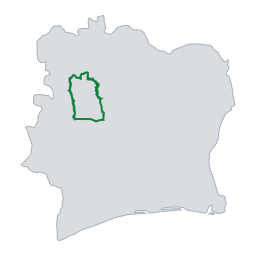 location of Worodougou, Worodougou, Ivory Coast
{"feature_id": "98640826B81277132888560", "entity_name": "Worodougou", "entity_type": "district", "adm_level": 2, "iso_a3": "CIV", "parent_name": "Ivory Coast", "parent_adm1": "Worodougou", "projection": "mercator", "projection_center": [-6.759, 8.427], "detail": "fine", "context": "in_parent", "style": "outline", "palette": "green", "viewbox_px": 256, "rotation_deg": 0, "n_neighbors": 0, "source": "geoboundaries", "source_scale": "gbopen_adm2", "svg_char_len": 8015}
<svg xmlns="http://www.w3.org/2000/svg" viewBox="0 0 256 256"><path d="M42.7,35.4L43.7,35.3L46.4,34.5L48.9,32.7L51.1,29.0L54.2,25.9L57.7,26.2L58.7,25.6L59.9,25.5L61.4,27.5L62.8,29.0L63.9,29.0L64.7,31.9L71.0,33.1L73.7,33.9L76.0,36.0L76.8,36.0L77.7,35.6L78.5,34.9L78.6,34.1L77.7,32.2L78.1,30.5L79.1,29.0L80.7,28.9L83.2,28.4L86.0,28.4L88.1,28.7L89.0,27.2L88.2,22.9L88.4,20.6L88.7,18.6L89.5,17.8L92.6,20.3L95.5,21.2L97.6,21.2L98.1,20.8L97.3,18.0L97.5,17.2L98.2,16.7L99.6,16.5L103.3,15.4L103.6,15.6L104.3,19.9L104.0,21.3L104.8,24.2L105.7,26.9L105.7,28.0L104.9,29.7L104.0,31.2L104.1,31.8L105.5,32.9L108.3,34.0L111.2,34.2L112.8,32.6L114.5,31.4L115.6,30.2L116.0,28.5L117.9,27.3L123.1,25.7L127.9,25.5L129.1,26.0L131.3,28.3L134.0,30.0L138.2,29.8L141.3,30.7L143.9,32.5L145.7,36.6L147.6,39.5L148.5,43.6L151.5,45.8L153.9,46.8L157.2,49.8L160.5,51.3L164.0,51.0L165.6,52.5L168.2,53.7L170.8,53.7L173.1,50.3L176.1,48.9L183.7,46.1L186.7,44.9L189.8,44.1L197.1,43.8L204.0,44.7L207.3,45.3L209.7,44.9L211.9,46.5L214.1,50.0L216.0,51.1L217.9,52.3L219.3,55.0L221.0,57.7L221.9,58.9L223.9,61.5L225.7,61.6L227.4,60.4L228.1,59.6L228.5,61.3L227.8,64.2L227.9,66.0L228.9,66.6L228.4,68.9L226.4,72.8L226.3,75.1L228.3,75.8L229.8,78.2L230.6,82.3L231.5,83.7L231.6,84.6L233.0,94.6L234.8,104.7L233.7,106.0L232.1,106.4L231.1,106.9L230.8,107.8L231.5,109.2L231.0,110.4L229.1,111.3L224.8,114.5L224.6,115.8L223.4,118.5L222.5,120.1L221.1,123.2L218.9,131.4L218.1,138.1L218.0,140.2L217.1,141.6L216.2,143.7L211.6,149.5L209.2,154.2L209.5,156.3L209.6,158.3L208.9,159.8L209.1,163.8L209.6,167.1L210.5,170.4L213.8,179.6L215.5,185.3L216.6,189.8L217.5,192.8L218.4,194.1L218.8,195.2L223.7,196.1L224.7,196.7L226.1,202.6L225.8,205.3L224.9,206.3L224.9,208.6L224.7,211.4L223.9,212.5L221.2,212.6L219.3,213.7L216.8,213.2L216.6,212.5L215.2,212.3L211.6,210.7L212.2,205.6L210.5,205.4L209.2,206.0L206.6,212.2L205.3,213.2L187.0,210.1L183.0,207.5L178.2,207.0L169.9,207.2L163.1,208.0L161.1,209.5L178.4,208.6L180.3,208.8L181.2,209.8L159.3,211.8L150.9,213.0L148.5,212.6L146.6,210.7L137.5,210.4L135.7,211.1L134.6,212.5L138.1,212.2L143.8,212.1L145.3,213.2L127.6,214.7L115.4,217.5L110.2,219.5L93.2,226.2L82.8,229.4L80.1,230.6L75.3,233.8L69.3,235.9L62.5,239.8L58.3,240.6L57.4,239.4L57.2,232.9L56.7,224.1L56.9,220.8L57.4,217.6L57.5,215.0L59.5,214.0L60.1,212.9L60.4,209.5L62.3,206.4L62.4,201.0L62.9,199.9L63.4,198.5L62.5,194.9L61.5,188.2L60.9,187.8L60.5,188.1L59.4,188.2L55.1,185.9L51.8,185.5L49.5,183.5L49.3,181.3L48.2,180.0L47.4,177.4L46.3,174.4L43.0,172.6L39.9,172.1L37.8,172.5L35.2,172.4L32.3,171.4L30.3,170.3L28.4,168.1L26.6,166.4L25.2,166.6L23.5,166.2L21.8,165.4L21.2,164.8L28.3,157.8L30.7,154.4L31.0,152.3L31.0,150.2L31.8,148.1L32.0,144.8L28.0,132.9L27.0,129.2L26.0,128.1L25.3,127.7L27.3,126.1L30.0,126.5L34.2,127.7L35.1,126.6L38.3,120.5L38.2,118.3L37.9,116.7L39.8,112.6L41.2,111.0L42.0,109.3L41.8,106.9L40.6,106.1L39.2,106.2L37.4,105.7L34.7,104.3L33.4,103.1L33.8,97.6L34.1,95.9L35.0,95.0L36.5,94.7L40.6,94.5L44.0,95.2L46.9,95.5L48.5,95.5L49.8,97.1L51.5,98.8L53.0,98.8L53.5,97.6L53.2,92.2L52.2,89.3L49.9,86.6L44.1,84.2L43.9,80.9L44.5,77.4L45.8,76.1L50.1,73.8L49.4,72.6L48.0,71.3L45.2,70.0L45.9,65.7L46.0,61.9L43.7,62.3L41.3,62.5L39.2,61.4L37.6,59.1L37.2,52.7L37.2,45.3L36.9,42.1L37.6,40.4L39.6,38.8L41.9,36.7L42.7,35.4ZM214.4,213.3L213.5,214.7L208.9,213.8L210.0,212.7L214.4,213.3Z" fill="#d9dde1" stroke="#a8b0b8" stroke-width="1"/><path d="M75.0,112.5L74.9,112.8L74.8,113.1L74.7,113.5L75.0,114.1L74.8,114.7L74.6,114.9L74.4,115.0L74.2,115.2L73.9,115.4L73.8,115.5L73.9,115.9L73.8,116.2L73.3,116.4L73.2,116.7L73.3,117.2L73.5,117.1L74.2,117.1L74.4,117.2L74.7,117.4L74.7,117.5L74.7,118.0L74.7,118.7L74.5,118.9L74.5,119.3L75.7,119.2L77.4,119.0L90.8,119.1L91.4,119.3L96.2,121.4L99.5,120.2L100.7,119.9L103.3,119.9L103.2,119.7L103.4,119.3L103.3,118.7L103.4,118.4L103.5,118.2L103.4,117.7L103.4,117.4L103.5,117.1L103.5,116.4L103.8,115.8L103.4,115.1L103.4,114.4L103.4,113.9L103.9,113.3L103.9,112.9L103.7,112.8L102.9,111.9L102.6,112.0L102.4,112.0L102.2,111.5L102.0,111.1L102.0,110.9L101.9,110.6L101.9,109.9L101.6,108.1L101.7,107.4L101.4,106.0L101.3,105.4L100.8,104.2L100.5,103.9L100.3,103.2L100.4,102.7L100.2,102.1L100.4,101.7L100.3,101.1L100.3,100.5L100.2,100.0L100.4,99.4L100.1,99.4L100.0,99.1L100.5,98.8L100.0,98.8L99.7,98.7L100.1,98.3L99.7,97.5L98.9,97.2L98.4,97.2L98.0,97.3L98.0,96.9L97.9,96.7L97.9,96.4L97.4,96.1L97.4,95.6L97.5,95.4L97.5,95.2L97.3,95.0L96.6,94.9L96.3,94.5L96.4,94.3L96.5,94.1L96.5,93.9L96.8,93.9L96.9,94.0L97.1,94.3L97.3,94.0L97.6,93.9L97.7,93.5L97.4,93.0L97.4,92.4L97.2,91.9L96.9,92.1L96.7,91.9L96.6,91.7L96.8,91.6L97.2,91.4L96.9,91.2L97.3,90.8L97.0,90.3L97.0,90.0L97.0,89.8L96.8,89.8L96.4,90.3L96.1,90.4L95.9,90.4L96.0,90.0L96.2,89.9L96.2,89.7L96.4,89.7L96.6,89.6L96.9,89.5L97.0,89.5L96.9,89.1L96.6,88.8L96.6,88.5L96.6,88.3L96.3,88.2L96.2,88.3L96.2,88.5L96.0,88.3L95.9,88.0L96.4,88.1L96.7,87.9L96.9,87.9L97.0,87.8L96.9,87.6L96.4,87.5L96.3,87.4L96.3,87.1L96.5,86.7L96.8,86.7L96.8,86.9L96.9,87.1L97.0,86.8L97.0,86.5L97.3,86.9L97.6,86.8L97.8,86.9L97.8,86.6L97.5,86.6L97.9,86.4L97.9,86.1L97.9,85.7L97.9,85.4L98.5,85.1L98.1,84.8L98.1,84.7L98.5,84.3L98.5,84.2L98.4,84.0L97.9,83.7L97.6,83.2L97.4,83.2L97.2,83.2L97.2,83.3L97.1,83.7L96.8,83.9L96.7,83.9L96.6,83.6L96.4,83.6L96.3,83.4L96.2,83.3L96.1,83.1L95.7,83.1L95.7,82.9L95.9,82.8L96.2,83.0L96.4,82.5L96.2,82.4L95.9,82.2L95.8,81.7L95.5,81.8L95.5,81.6L94.8,81.0L94.2,80.9L94.2,80.6L94.0,80.4L93.6,80.6L93.5,80.4L93.4,80.4L93.2,80.1L92.9,79.9L93.0,79.8L93.2,79.7L93.2,79.3L93.0,79.1L92.9,78.9L92.6,78.8L92.6,78.7L92.2,78.9L92.2,79.3L92.0,79.2L92.0,78.9L91.9,78.8L91.3,79.1L91.2,79.3L91.3,79.4L91.3,79.5L91.1,79.4L90.7,79.5L90.6,79.4L90.6,79.2L90.4,79.0L90.0,78.9L89.8,79.1L89.7,79.1L89.3,78.9L89.0,79.1L89.1,79.3L88.9,79.4L88.7,79.3L88.6,79.6L88.3,79.6L88.1,79.0L87.8,79.0L87.9,78.6L87.8,78.2L87.5,78.0L87.6,77.7L88.0,77.5L88.1,77.4L87.7,77.2L87.8,77.0L87.7,76.8L87.6,76.6L87.6,76.2L87.9,75.4L88.0,75.1L87.8,75.0L87.7,74.8L87.9,74.5L87.8,73.8L88.0,73.1L87.7,73.0L87.6,72.9L87.2,72.5L86.7,72.4L85.9,72.5L85.5,72.9L84.9,72.9L84.4,73.2L84.2,73.5L83.8,73.6L83.5,73.9L83.2,74.2L82.7,74.0L82.2,73.9L81.9,73.9L81.3,74.3L81.0,74.7L80.9,75.3L80.9,75.5L80.8,75.8L80.7,76.0L80.8,76.3L80.7,76.5L80.6,77.1L80.7,77.7L80.8,78.5L80.8,78.8L80.6,78.8L80.2,78.6L80.1,78.2L79.3,77.6L78.7,77.9L78.4,77.9L78.3,77.7L77.9,77.6L77.2,77.7L77.0,77.8L76.7,77.8L76.0,77.3L75.8,77.1L75.7,77.0L75.5,76.4L74.9,75.6L73.9,75.1L73.6,75.0L73.4,75.1L73.2,75.4L73.0,75.7L72.7,76.0L72.2,76.7L71.8,76.8L71.4,76.9L71.3,77.6L71.3,77.8L71.3,78.2L71.2,78.3L70.8,78.3L70.3,78.2L70.0,78.3L69.7,78.2L69.5,78.4L69.4,78.7L69.4,79.0L69.5,79.3L69.9,79.4L70.0,79.5L69.8,80.3L69.9,80.6L69.9,81.0L69.8,80.9L69.7,80.7L69.5,81.0L70.0,81.3L70.1,81.6L70.0,81.8L70.1,82.2L70.4,82.1L70.5,82.2L70.6,82.4L70.5,82.6L70.1,82.8L70.3,83.0L70.4,83.4L70.6,83.6L70.3,83.9L70.3,84.1L70.5,84.4L70.8,84.4L70.9,84.5L70.7,84.7L70.6,84.8L70.3,85.0L70.3,85.4L70.6,85.9L70.4,86.0L70.2,86.1L70.2,86.6L70.3,86.7L70.4,86.8L70.4,87.1L70.1,87.7L69.9,87.7L69.9,87.8L70.1,88.4L69.8,88.9L70.0,89.0L69.9,89.6L69.9,89.8L69.7,90.0L69.8,90.2L70.1,90.0L70.3,90.3L70.3,90.9L70.2,91.0L69.8,91.0L70.2,91.3L70.1,91.2L70.3,91.1L70.4,91.4L70.3,91.7L70.1,91.8L70.3,92.0L70.4,92.3L70.7,92.4L71.1,92.9L70.9,93.1L71.1,93.3L71.2,93.5L70.9,93.7L71.0,93.8L71.3,94.2L71.7,94.4L71.7,94.6L71.8,95.3L71.5,95.5L71.4,95.6L71.5,96.0L71.8,96.1L71.8,96.3L71.9,96.7L71.6,96.7L72.0,96.8L72.1,97.0L72.1,97.3L72.3,97.6L72.1,98.1L72.2,98.5L72.3,98.6L72.8,98.9L72.8,99.0L72.4,99.2L72.4,99.5L72.8,99.8L73.0,99.9L73.4,100.1L73.7,100.5L74.0,100.7L73.9,101.0L73.2,101.2L72.9,101.2L72.7,101.3L72.6,101.5L73.3,101.9L73.3,102.3L73.6,103.1L73.5,103.3L73.4,103.3L72.7,103.6L72.7,103.8L73.0,104.2L73.3,104.3L73.4,104.6L73.6,104.7L73.9,105.2L73.9,105.6L74.3,105.7L74.3,105.9L74.3,106.1L74.1,106.2L73.7,106.2L73.7,106.4L73.7,106.7L73.6,106.9L73.7,107.1L74.1,107.4L74.6,108.3L74.4,108.7L73.9,109.0L73.7,109.2L73.9,109.7L74.0,110.3L74.0,110.5L74.4,110.5L74.6,110.8L74.3,111.3L74.3,111.5L74.9,112.0L75.0,112.5Z" fill="none" stroke="#15803d" stroke-width="2"/></svg>